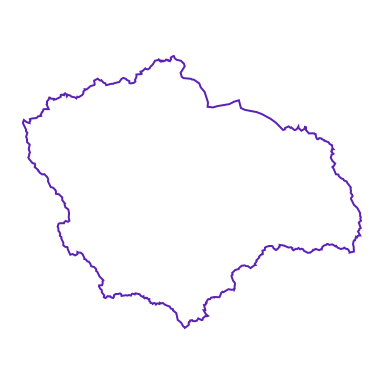 Thayet, Magway, Myanmar (orthographic projection)
{"feature_id": "60261553B17186200244276", "entity_name": "Thayet", "entity_type": "district", "adm_level": 2, "iso_a3": "MMR", "parent_name": "Myanmar", "parent_adm1": "Magway", "projection": "orthographic", "projection_center": [95.047, 19.416], "detail": "fine", "context": "isolated", "style": "outline", "palette": "violet", "viewbox_px": 384, "rotation_deg": 0, "n_neighbors": 0, "source": "geoboundaries", "source_scale": "gbopen_adm2", "svg_char_len": 5887}
<svg xmlns="http://www.w3.org/2000/svg" viewBox="0 0 384 384"><path d="M346.7,181.5L344.1,180.5L343.1,178.9L341.4,178.5L339.0,176.4L338.3,174.5L335.9,174.3L333.5,168.4L332.4,167.0L333.9,165.8L335.2,163.6L332.3,160.7L330.8,157.8L331.6,154.7L333.4,153.8L331.3,151.7L331.9,150.9L331.6,150.1L332.1,149.3L333.4,149.2L332.4,148.0L332.0,145.2L329.7,144.0L328.5,142.2L324.3,140.7L324.2,140.1L321.9,139.2L321.6,138.5L319.2,138.1L318.3,139.1L317.3,139.2L316.2,137.5L315.6,134.1L314.8,134.1L314.0,133.3L308.8,133.4L306.0,130.0L306.0,127.2L304.9,126.9L304.5,128.9L301.4,130.7L298.6,128.0L298.4,126.5L297.2,128.6L295.6,129.9L294.3,130.0L291.3,127.4L290.6,127.9L288.7,126.4L285.1,128.0L284.8,129.4L283.1,130.0L275.9,122.7L270.6,118.8L261.9,114.1L256.7,112.1L245.0,109.9L240.9,108.0L238.9,100.3L234.1,101.7L229.4,104.1L217.5,106.1L213.0,107.4L207.6,106.8L208.0,102.4L204.6,91.9L200.7,87.3L199.3,83.4L193.7,79.6L191.9,79.5L190.9,78.8L183.5,78.1L181.7,76.7L180.6,72.8L184.7,66.3L184.0,63.8L181.0,60.8L176.4,59.7L174.5,58.0L174.1,56.2L173.2,56.1L170.9,57.5L171.0,59.4L170.6,59.4L169.9,61.2L168.2,60.7L168.0,60.0L166.0,59.6L165.6,60.5L163.3,61.3L163.0,60.7L162.0,60.7L161.9,61.3L161.0,61.7L160.4,61.3L160.3,60.5L159.0,59.6L158.9,60.3L158.4,60.0L155.0,60.7L152.7,64.6L150.4,66.7L149.8,68.1L148.0,69.3L146.1,69.1L145.3,68.4L142.3,71.2L140.5,71.6L140.8,72.8L141.5,73.2L141.6,73.9L141.2,74.1L136.4,74.5L136.4,77.0L135.0,80.0L135.4,81.5L133.8,82.9L130.3,83.4L129.4,83.0L129.3,81.1L126.4,79.7L126.0,78.9L123.4,77.9L121.5,78.9L119.3,82.0L114.2,83.2L113.4,83.8L111.2,83.8L106.2,85.2L105.2,83.2L103.5,82.7L101.4,80.2L100.1,80.6L97.7,78.7L94.1,80.6L94.7,84.1L94.4,85.0L90.7,86.0L86.7,89.4L84.6,89.2L84.8,90.4L83.5,91.3L83.2,93.8L82.2,95.0L78.9,97.1L77.3,96.7L76.4,98.4L75.0,97.4L71.5,96.7L70.5,95.7L67.8,94.7L66.9,96.3L66.2,94.2L65.1,93.3L64.2,94.0L64.0,95.2L61.8,94.7L60.8,94.9L60.7,96.9L55.8,99.3L53.9,99.7L54.0,98.9L50.9,98.6L49.7,97.5L49.2,97.6L48.8,99.3L47.0,101.4L47.1,104.0L46.6,104.4L48.7,109.1L43.9,109.1L43.3,109.6L42.7,111.7L41.7,112.3L41.4,113.9L40.7,114.5L41.1,115.9L38.2,116.3L36.8,117.8L35.9,118.1L31.7,118.5L29.8,119.2L30.4,120.7L29.5,122.0L29.6,123.1L26.5,122.1L23.9,120.0L23.2,121.8L23.0,123.3L26.0,129.5L26.0,131.2L27.4,132.9L26.1,136.7L27.0,139.2L27.0,142.0L29.7,144.6L28.7,149.2L30.0,152.5L29.1,154.2L29.2,155.5L28.3,157.4L29.0,158.9L32.6,163.2L34.8,163.6L35.2,165.2L34.7,167.1L38.0,169.8L38.1,170.7L39.2,171.4L39.4,172.4L42.1,174.4L44.4,174.2L47.4,177.3L48.2,179.2L48.0,181.3L50.7,187.1L52.9,187.6L54.4,188.9L55.9,190.9L55.9,193.8L58.8,194.2L62.2,197.4L62.3,200.3L65.0,203.5L64.5,204.1L65.4,207.3L68.3,209.4L69.1,213.3L68.7,217.3L69.4,220.8L68.0,221.8L65.7,220.9L63.9,222.6L63.9,223.2L59.4,223.3L58.5,223.9L57.6,226.8L58.2,227.6L58.6,231.3L59.5,232.0L60.2,234.1L59.8,235.7L61.5,237.2L61.3,238.6L63.3,242.6L63.3,245.4L65.4,246.9L67.1,247.0L67.6,247.5L67.7,249.0L70.2,254.7L72.7,254.0L75.0,255.4L77.3,254.3L77.4,252.0L78.4,252.6L80.6,252.6L82.6,254.2L84.4,258.1L84.2,258.9L85.9,259.5L87.4,261.4L88.8,261.7L90.3,263.7L91.1,266.2L94.0,267.0L96.2,269.1L96.1,270.9L97.3,271.8L99.6,276.6L103.4,280.3L102.5,281.4L102.7,283.3L102.1,285.2L99.1,285.4L99.0,286.4L100.1,288.6L101.7,290.0L101.9,292.5L104.2,295.3L103.8,297.2L105.5,298.1L107.7,296.1L109.1,296.5L110.0,296.2L111.2,297.4L113.2,298.0L113.9,296.9L114.0,295.2L115.7,294.0L118.2,294.0L120.0,293.4L121.2,294.2L121.5,295.9L126.0,295.2L127.5,295.6L128.8,295.0L130.9,295.6L131.8,294.0L132.7,293.7L134.9,294.4L135.5,293.3L139.7,294.3L140.7,295.7L142.8,296.9L143.5,296.4L143.7,297.4L144.5,298.3L145.9,297.7L146.3,298.2L147.1,298.0L147.7,298.8L149.3,299.1L149.2,300.9L150.2,301.6L150.5,302.9L152.7,303.4L152.8,303.8L154.1,303.0L155.4,303.4L156.1,305.4L155.9,303.8L158.2,303.4L159.2,304.1L159.8,303.8L159.9,302.8L161.4,303.4L162.9,303.0L165.0,304.8L169.8,306.6L170.6,308.4L172.9,309.2L173.0,310.4L176.3,313.1L177.7,319.9L181.2,322.7L183.3,326.5L184.3,327.0L184.8,327.9L188.5,325.2L188.9,324.3L188.6,323.2L189.0,322.0L189.9,321.6L190.1,320.5L192.1,320.1L192.6,321.0L195.0,321.2L196.9,320.6L198.2,318.4L201.7,320.1L202.4,320.0L203.0,318.1L205.4,316.1L205.9,316.2L206.1,315.7L207.4,316.2L208.0,315.9L205.9,314.2L203.6,310.2L205.3,310.1L204.0,305.0L205.5,304.7L205.8,303.4L206.1,303.6L206.7,302.8L206.4,302.0L206.9,300.9L208.3,299.1L210.1,299.1L211.1,297.6L213.6,297.2L214.1,297.5L214.5,297.0L219.2,297.2L219.8,296.7L221.2,292.8L222.6,291.7L223.4,292.2L228.5,289.2L231.7,289.8L233.1,289.6L234.0,288.9L234.2,289.6L234.7,288.5L234.5,286.9L235.0,284.0L234.9,283.0L233.1,280.7L231.7,276.9L231.6,275.5L232.6,274.7L232.2,272.9L235.2,270.0L238.7,269.0L239.3,267.7L241.8,265.7L244.8,265.4L246.0,266.1L248.0,266.2L250.6,268.1L254.6,265.1L255.5,265.0L254.8,263.9L256.7,261.2L256.4,260.4L259.2,257.6L259.1,256.5L260.9,254.8L262.4,254.3L262.1,253.9L262.8,253.2L262.5,250.6L264.8,250.0L265.0,247.6L266.4,246.8L269.1,246.0L272.0,246.0L272.8,246.5L273.6,248.4L275.4,249.4L275.5,249.9L276.3,249.9L278.3,248.3L278.8,247.1L279.6,246.8L279.6,244.9L283.8,245.5L288.4,247.5L291.1,247.3L292.3,248.0L292.2,248.9L293.4,250.3L295.9,248.8L297.2,249.0L298.5,248.0L300.1,249.3L301.8,248.7L303.2,249.4L303.8,250.7L307.7,252.8L310.3,252.6L312.9,250.6L313.1,249.8L314.5,249.8L315.5,248.9L319.4,250.2L321.1,249.1L321.7,249.4L322.3,247.0L323.8,245.7L326.9,244.5L327.1,244.0L328.4,244.2L329.3,244.9L332.4,244.4L335.6,246.4L336.1,245.9L337.6,247.6L340.8,249.0L343.3,248.4L344.3,247.6L346.0,248.9L347.2,248.9L348.2,249.6L349.5,251.7L349.5,252.6L353.9,251.6L353.7,246.8L353.0,244.3L353.5,241.4L354.4,240.1L355.1,240.1L356.0,236.7L357.1,237.3L357.5,236.2L358.3,235.6L360.2,235.5L358.0,231.5L359.2,230.0L359.4,228.8L360.7,228.1L358.8,222.5L361.0,220.7L360.3,218.9L360.8,217.1L360.1,216.1L360.1,213.0L357.1,207.7L354.0,204.9L351.0,198.9L351.1,198.0L352.6,196.2L352.2,194.8L350.7,192.9L351.0,190.8L350.5,188.7L350.9,187.6L347.2,182.8L346.7,181.5Z" fill="none" stroke="#5b21b6" stroke-width="2"/></svg>